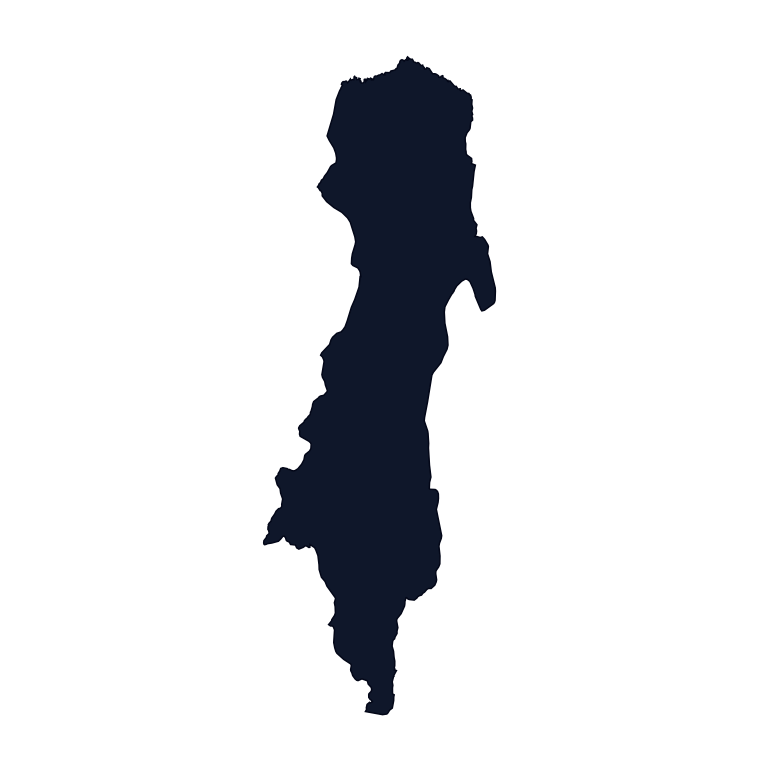 Namentenga, Namentenga, Burkina Faso (Equal Earth projection), rotated 189°
{"feature_id": "67063806B10845212636131", "entity_name": "Namentenga", "entity_type": "district", "adm_level": 2, "iso_a3": "BFA", "parent_name": "Burkina Faso", "parent_adm1": "Namentenga", "projection": "equal_earth", "projection_center": [-0.49, 13.239], "detail": "fine", "context": "isolated", "style": "filled", "palette": "ink", "viewbox_px": 768, "rotation_deg": 189, "n_neighbors": 0, "source": "geoboundaries", "source_scale": "gbopen_adm2", "svg_char_len": 6129}
<svg xmlns="http://www.w3.org/2000/svg" viewBox="0 0 768 768"><g transform="rotate(189 384 384)"><path d="M473.7,267.8L470.3,264.4L469.0,260.0L466.4,255.2L466.1,254.2L466.2,249.1L465.8,247.4L466.2,246.0L467.0,245.0L468.6,244.4L470.7,241.5L471.6,238.5L473.9,233.8L474.2,230.8L475.7,228.6L476.3,226.9L475.9,226.1L476.2,224.9L475.9,222.2L475.0,221.2L474.0,218.5L476.1,215.7L476.2,214.0L478.1,210.5L478.0,208.2L477.5,207.0L476.9,206.6L475.7,207.0L474.0,208.1L469.9,209.4L463.7,212.2L461.8,214.7L460.1,217.7L459.0,218.2L457.3,216.9L456.1,214.4L455.4,213.8L452.7,213.0L451.2,210.9L446.3,211.1L444.6,208.5L442.3,207.6L438.3,210.0L436.5,211.8L435.5,212.0L432.6,210.8L431.7,211.1L432.0,213.9L426.9,211.5L425.3,209.3L422.4,204.2L419.9,195.3L419.0,190.6L415.6,183.4L411.3,179.7L408.7,175.4L398.7,165.3L398.3,164.3L398.8,160.2L397.4,156.4L396.2,150.3L396.6,147.8L398.7,143.1L398.7,141.9L401.1,137.7L399.1,136.7L397.0,136.9L396.1,136.3L394.4,133.4L393.2,120.8L391.4,115.8L389.7,112.3L388.3,110.6L380.7,105.7L373.3,102.4L372.4,101.5L372.2,100.0L372.3,97.0L371.9,95.5L370.6,93.8L369.3,91.1L366.3,88.1L364.6,87.1L363.2,87.0L359.7,89.3L354.8,88.4L353.9,88.1L352.7,85.2L349.0,82.2L348.3,79.8L348.7,78.2L350.4,75.8L350.5,74.7L350.0,72.0L348.3,70.2L347.2,69.8L345.8,68.4L347.7,66.8L348.5,67.3L350.6,64.9L350.8,61.4L350.3,59.9L351.1,57.6L333.7,57.2L329.6,58.5L328.7,59.7L327.4,62.8L325.1,65.2L324.9,72.8L325.4,76.5L325.3,78.6L326.6,79.0L327.2,79.9L328.1,85.2L328.1,87.8L329.3,91.1L328.8,96.5L328.4,96.9L328.7,97.7L326.9,102.9L329.0,103.2L328.7,104.1L329.5,105.6L329.3,107.3L330.0,112.0L331.3,115.6L332.8,121.6L335.0,126.3L335.2,131.1L334.8,132.8L333.7,133.9L333.5,135.9L332.1,139.6L332.5,142.1L332.2,145.5L334.4,151.8L334.6,153.2L334.1,154.8L331.2,159.8L329.0,167.8L329.0,170.1L329.3,172.4L328.8,176.4L328.2,176.5L326.6,175.3L325.3,175.1L320.3,175.3L318.0,177.8L317.3,179.3L316.0,180.4L313.9,181.4L312.9,183.4L311.4,184.8L309.5,187.9L308.1,189.0L305.5,189.4L302.4,193.2L301.5,196.7L301.4,198.8L303.2,204.6L303.5,206.9L303.1,208.4L301.4,211.9L300.7,215.1L301.8,222.9L304.4,232.4L304.3,235.6L303.3,240.4L303.3,243.2L312.7,268.4L312.1,275.4L312.3,279.5L313.1,283.9L314.2,286.0L315.5,287.2L317.0,287.8L322.2,287.2L322.9,287.8L323.6,294.0L323.1,299.4L326.4,311.0L330.1,327.8L330.6,332.3L332.8,342.2L333.5,344.4L338.5,353.9L338.7,357.4L338.2,372.8L338.1,400.2L337.1,403.3L331.1,413.9L329.7,420.4L327.2,428.2L326.9,432.4L328.6,440.6L333.4,453.6L335.7,464.5L335.9,469.7L333.5,477.2L331.2,483.2L330.2,484.8L329.8,486.4L329.5,486.4L329.0,488.6L327.4,492.4L323.4,497.7L320.1,500.4L318.1,500.4L315.3,498.8L314.5,497.7L310.9,492.3L308.1,486.8L307.5,484.8L300.1,472.9L298.8,471.5L296.3,472.6L288.3,480.6L287.7,482.0L287.4,483.9L288.5,493.2L289.2,496.4L295.6,511.6L298.4,521.4L302.1,528.8L302.4,536.0L303.0,537.4L307.2,542.5L309.9,544.7L311.9,543.7L315.3,544.2L317.3,543.9L316.4,546.8L316.5,549.5L317.2,551.7L317.5,552.0L317.1,555.8L321.2,559.7L321.4,561.5L325.2,568.2L326.3,571.6L327.1,576.5L326.9,581.9L327.7,589.6L327.5,593.1L328.3,607.9L328.0,614.5L332.2,615.4L332.0,617.5L332.8,620.5L337.9,623.1L339.1,624.8L339.1,625.8L340.1,628.6L340.8,634.0L341.7,636.3L342.4,640.1L341.3,645.1L339.4,648.5L339.0,650.1L339.3,656.6L337.8,658.5L338.2,660.6L339.3,662.8L338.6,663.9L340.0,667.2L339.7,670.4L341.1,674.0L341.5,678.5L342.5,678.9L342.8,681.0L343.8,683.0L344.7,682.9L345.5,684.2L347.5,684.2L351.9,686.8L354.1,685.7L354.8,686.2L354.9,687.5L357.0,686.8L359.3,689.3L360.4,689.0L361.5,689.6L366.3,693.7L367.6,692.8L368.1,693.6L368.5,693.0L369.5,694.1L371.4,695.1L373.9,695.8L373.9,697.4L374.4,697.7L375.8,696.8L376.2,695.7L377.9,695.5L378.1,695.9L377.9,696.4L378.4,697.0L380.6,698.1L382.2,698.4L384.5,698.0L388.7,702.6L391.2,703.1L391.7,701.8L393.0,701.5L393.6,701.9L393.5,702.5L395.1,703.9L395.7,705.0L397.3,704.3L399.8,706.5L400.8,706.8L401.9,705.9L403.4,706.6L404.8,706.6L406.8,709.2L408.3,708.9L409.4,709.3L410.5,708.3L410.4,709.8L411.9,710.8L412.6,709.3L412.2,707.6L413.4,707.6L414.6,706.0L415.0,706.6L417.0,707.1L418.3,706.2L418.7,705.2L418.9,703.1L420.1,701.3L420.5,697.8L421.4,697.4L422.5,695.7L426.2,694.2L427.0,692.4L431.3,691.9L432.1,690.5L431.5,689.6L432.7,689.3L434.5,690.3L436.2,688.7L437.7,688.2L439.1,687.0L440.9,686.8L441.7,685.9L442.0,682.9L443.7,682.5L443.5,683.5L445.2,684.0L445.8,682.8L447.2,683.1L448.1,681.9L448.4,682.6L449.3,680.0L450.0,682.1L451.0,681.9L451.2,681.2L450.8,680.1L451.3,678.4L452.9,677.6L453.8,677.9L453.9,678.8L454.8,678.9L454.6,679.9L455.5,680.3L455.3,681.8L456.6,682.1L456.7,680.9L458.6,680.4L459.0,682.3L460.3,682.3L461.1,683.3L461.6,682.7L461.3,679.9L463.0,679.7L463.9,678.8L464.4,678.9L464.9,679.9L466.5,676.6L467.2,675.8L468.2,677.1L468.9,677.3L469.9,676.6L471.8,676.2L472.8,674.6L472.9,673.2L471.7,672.5L472.8,669.7L472.8,669.1L473.7,666.6L475.7,657.4L476.0,642.6L479.0,620.1L476.2,616.1L470.5,609.4L467.8,604.5L466.3,600.1L466.0,598.3L466.0,594.9L470.0,591.5L470.8,590.3L473.0,584.1L475.3,579.9L476.1,577.2L477.7,575.5L478.2,573.1L479.4,571.6L479.7,570.0L480.6,568.2L479.5,567.6L477.4,565.1L476.3,564.8L474.9,562.8L474.4,560.1L469.2,555.2L461.0,550.4L452.5,547.0L446.0,542.4L442.6,538.5L435.8,524.8L434.2,520.0L434.3,517.1L435.6,507.7L435.6,503.3L435.0,497.7L433.3,496.2L428.1,494.6L425.7,492.0L424.9,490.4L423.7,486.4L424.4,486.4L423.8,475.8L426.1,462.8L428.2,454.7L430.2,440.5L431.4,434.4L433.1,430.9L434.6,428.7L438.5,426.7L442.1,422.1L443.2,419.4L443.9,414.5L450.3,405.1L451.1,402.5L449.1,401.2L447.2,398.3L446.7,396.6L446.8,383.5L445.8,381.0L442.9,377.2L441.7,373.8L439.3,369.4L438.9,368.4L439.0,367.6L441.7,363.4L444.6,362.3L445.9,361.4L446.6,360.0L450.7,355.7L451.3,352.8L451.2,350.7L451.8,345.5L452.2,344.7L452.1,342.4L453.8,340.0L454.6,338.3L456.0,336.7L456.9,335.0L457.1,333.7L460.6,329.7L461.4,327.5L461.3,326.5L459.8,324.2L459.6,321.2L458.6,319.2L449.2,315.7L447.3,314.4L446.5,313.0L446.1,308.8L447.0,306.2L450.6,302.2L451.1,300.9L451.2,296.6L452.8,291.9L455.8,286.8L458.4,284.5L459.9,284.0L461.7,284.1L463.9,284.8L465.4,284.7L466.4,285.3L470.8,285.5L472.8,284.4L473.3,281.8L474.5,279.1L474.4,278.1L474.7,277.0L475.6,276.1L476.5,274.1L473.7,267.8Z" fill="#0f172a" stroke="#020617" stroke-width="1.5"/></g></svg>